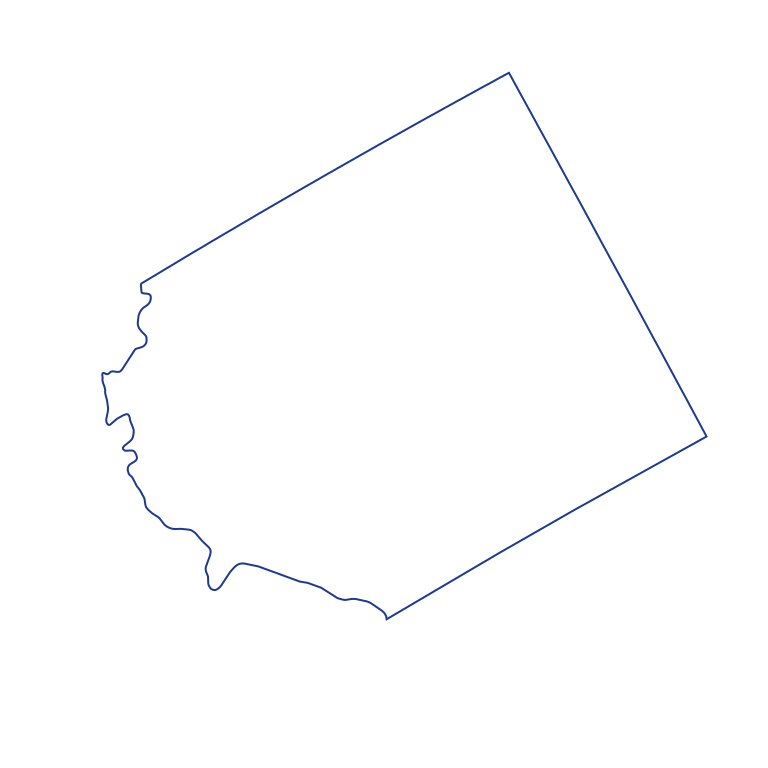 an SVG outline of Al Wadi at Jadid, rotated 149°
{"feature_id": "EGY-1550", "entity_name": "Al Wadi at Jadid", "entity_type": "Governorate", "adm_level": 1, "iso_a3": "EGY", "parent_name": "Egypt", "parent_adm1": "", "projection": "orthographic", "projection_center": [30.896, 24.831], "detail": "fine", "context": "isolated", "style": "outline", "palette": "blue", "viewbox_px": 768, "rotation_deg": 149, "n_neighbors": 0, "source": "natural_earth", "source_scale": "10m", "svg_char_len": 4138}
<svg xmlns="http://www.w3.org/2000/svg" viewBox="0 0 768 768"><g transform="rotate(149 384 384)"><path d="M132.4,217.8L132.7,211.4L133.9,186.8L134.4,175.7L134.6,172.9L135.8,172.9L285.6,178.0L371.4,179.8L502.9,181.0L502.2,182.6L501.8,183.5L501.6,186.3L501.8,188.3L502.5,190.6L508.4,203.5L509.6,205.1L510.6,206.4L519.2,214.5L522.4,216.4L528.4,218.8L529.4,219.6L530.6,220.6L533.7,223.9L534.5,225.1L542.7,241.6L551.8,252.8L558.0,258.1L585.6,292.3L596.1,302.0L596.8,302.5L597.9,303.2L599.5,303.9L600.5,304.2L601.7,304.4L603.6,304.5L606.7,304.0L612.5,302.2L627.6,295.0L629.3,294.4L632.3,294.0L633.4,294.1L634.4,294.2L635.1,294.5L635.8,295.0L636.5,295.6L637.0,296.3L637.5,297.1L637.8,297.9L638.0,299.4L638.0,300.9L637.9,301.8L637.7,302.6L637.1,304.1L634.4,308.9L634.0,309.7L633.8,310.6L633.3,314.0L632.9,315.6L632.6,316.4L632.2,317.1L631.8,317.9L630.5,319.3L621.5,326.6L619.6,328.6L618.7,330.1L618.4,330.8L618.2,331.6L618.2,333.1L618.3,334.2L620.7,343.0L622.5,353.5L623.6,356.1L624.2,357.2L624.8,358.2L626.2,359.6L632.6,364.4L638.0,367.4L640.3,369.2L641.7,370.8L642.9,372.5L643.7,374.0L644.7,376.8L645.5,384.2L645.8,385.3L646.3,386.5L649.2,392.4L650.5,396.3L651.1,399.0L651.1,399.4L651.4,400.4L650.8,403.2L648.4,409.1L648.1,412.0L648.2,413.2L648.0,414.8L647.9,418.8L648.5,423.9L648.5,424.7L648.1,428.4L648.1,430.1L648.0,431.0L647.9,433.3L648.0,434.2L648.9,437.2L649.0,438.6L648.3,441.2L648.2,442.0L647.6,442.6L647.4,443.1L646.9,443.9L646.2,444.6L645.4,445.1L644.6,445.5L643.8,445.8L642.2,446.0L637.9,446.0L636.3,446.2L635.5,446.5L634.8,446.9L634.2,447.4L633.9,447.8L633.7,448.1L633.3,449.0L632.8,451.3L632.7,453.4L632.8,454.6L633.2,455.6L633.8,456.4L634.5,456.9L637.6,458.7L639.1,459.4L639.9,459.9L640.5,460.6L641.1,462.0L641.1,463.0L640.7,463.8L639.9,464.2L639.1,464.6L630.9,465.8L629.2,466.3L628.4,466.6L627.7,467.0L626.9,467.6L625.5,469.0L624.2,470.5L622.6,472.9L622.2,473.6L621.5,476.8L620.6,482.4L620.1,484.3L619.5,485.6L619.2,486.6L618.9,488.4L619.1,489.6L619.7,490.4L620.4,490.8L621.2,491.0L623.9,491.5L630.6,491.7L639.6,490.2L640.4,490.3L641.1,490.7L641.6,492.0L641.7,493.2L641.4,494.5L641.0,495.5L640.5,496.5L634.7,502.9L633.0,505.3L629.8,512.7L627.9,519.3L627.3,520.6L627.1,521.0L626.4,521.8L625.8,523.2L625.1,525.3L624.3,529.4L623.7,531.4L623.1,532.8L622.5,533.5L622.0,534.2L620.7,537.1L620.1,537.8L619.3,538.1L618.6,537.9L618.1,537.3L617.2,535.9L616.6,535.3L615.9,534.8L615.1,534.7L614.3,534.7L612.5,535.1L611.6,535.1L610.7,534.9L609.9,534.5L606.8,532.0L605.3,531.1L604.5,530.8L603.7,530.7L602.8,530.8L600.9,531.4L579.6,541.8L578.8,541.9L578.1,541.8L572.3,540.3L570.7,540.3L569.9,540.4L569.1,540.6L568.2,540.9L567.3,541.3L566.3,542.1L565.3,543.2L564.2,545.1L563.7,546.2L563.4,547.3L563.4,548.1L563.7,549.7L564.8,554.0L565.2,557.9L565.2,558.4L564.7,560.8L564.3,561.9L563.7,563.1L559.0,569.2L556.6,571.0L555.5,571.7L553.9,572.4L552.2,573.0L550.6,573.3L547.2,573.5L545.5,573.7L543.8,574.2L542.2,575.1L541.3,575.8L540.4,576.7L539.3,578.3L538.8,579.3L538.6,580.4L538.8,581.1L539.1,581.9L539.7,582.6L540.4,583.3L543.4,585.5L544.1,586.2L544.6,587.0L544.5,587.7L541.1,594.6L540.2,595.1L537.6,595.1L531.1,595.1L524.5,595.1L517.9,595.1L511.3,595.1L504.7,595.1L498.1,595.1L491.5,595.1L484.9,595.1L478.3,595.1L471.8,595.0L465.2,595.0L458.6,595.0L452.0,594.9L445.4,594.9L438.8,594.8L432.2,594.7L425.6,594.7L419.0,594.6L412.5,594.5L405.9,594.5L399.3,594.4L392.7,594.3L386.1,594.2L379.5,594.1L373.0,594.0L366.4,593.9L359.8,593.8L353.2,593.7L346.6,593.6L340.0,593.4L333.4,593.3L326.9,593.2L320.3,593.0L313.7,592.9L307.1,592.7L300.5,592.6L294.0,592.4L287.4,592.3L280.8,592.1L274.2,591.9L267.7,591.8L261.1,591.6L254.5,591.4L247.9,591.2L241.4,591.0L234.8,590.8L228.2,590.6L221.6,590.4L215.1,590.2L208.5,590.0L201.9,589.7L195.4,589.5L188.8,589.3L182.2,589.0L175.7,588.8L169.1,588.5L162.5,588.3L156.0,588.0L149.4,587.8L142.9,587.5L136.3,587.2L129.7,587.0L123.2,586.7L116.6,586.4L117.5,565.1L118.3,543.9L119.2,522.6L120.0,501.3L120.9,480.0L121.8,458.7L122.6,437.5L123.5,416.2L124.5,394.9L125.4,373.6L126.3,352.3L127.2,331.0L128.2,309.7L129.2,288.4L130.1,267.2L131.1,245.9L131.8,231.6L132.4,217.8Z" fill="none" stroke="#1e3a8a" stroke-width="2"/></g></svg>